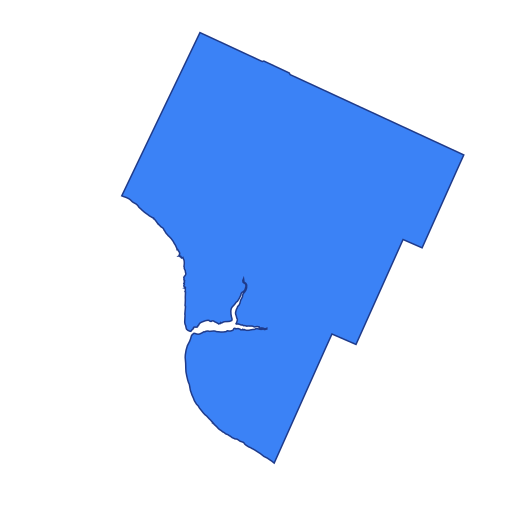 the district of Corpen Aike, Santa Cruz, Argentina, rotated 115°
{"feature_id": "61730980B24902089769894", "entity_name": "Corpen Aike", "entity_type": "district", "adm_level": 2, "iso_a3": "ARG", "parent_name": "Argentina", "parent_adm1": "Santa Cruz", "projection": "orthographic", "projection_center": [-68.391, -49.985], "detail": "fine", "context": "isolated", "style": "filled", "palette": "blue", "viewbox_px": 512, "rotation_deg": 115, "n_neighbors": 0, "source": "geoboundaries", "source_scale": "gbopen_adm2", "svg_char_len": 5995}
<svg xmlns="http://www.w3.org/2000/svg" viewBox="0 0 512 512"><g transform="rotate(115 256 256)"><path d="M76.6,110.4L77.2,301.8L76.1,303.1L76.0,331.3L77.1,332.5L77.2,401.2L106.8,401.5L159.0,402.1L258.2,403.1L258.1,401.2L257.8,398.5L257.8,396.2L257.9,394.9L258.2,393.5L259.0,391.4L259.3,390.0L259.5,387.0L259.7,386.0L260.2,384.5L261.2,382.9L261.5,382.1L262.1,380.0L262.6,378.7L263.1,376.8L263.4,375.9L263.8,373.9L264.0,372.9L264.1,372.0L264.7,369.5L264.8,368.0L265.0,365.9L264.9,365.8L265.0,365.2L264.9,365.0L265.2,364.8L265.1,364.6L265.6,364.2L265.5,363.6L265.6,363.4L266.0,362.6L267.0,360.7L268.1,358.8L268.2,358.3L268.4,358.3L268.7,357.3L268.9,357.1L269.3,357.1L268.8,356.9L268.8,356.7L269.7,354.5L269.9,352.6L270.2,351.8L270.5,351.2L271.3,350.4L272.0,349.1L273.1,347.6L273.6,346.6L274.2,345.1L274.7,344.2L275.0,343.0L276.1,340.2L277.7,337.3L278.8,335.8L279.2,335.4L279.6,334.6L280.5,333.3L282.8,330.7L283.1,330.4L283.3,330.4L283.3,330.2L283.1,330.2L283.3,330.1L283.1,330.0L283.1,329.9L283.2,329.7L284.1,328.6L284.5,327.8L285.4,326.6L285.9,326.2L286.5,326.0L286.8,326.2L288.0,325.5L288.3,325.9L288.7,326.1L288.5,325.7L288.5,325.2L288.6,324.9L288.2,324.8L288.1,324.4L288.1,324.0L288.4,323.9L288.6,323.5L288.9,323.4L288.7,323.1L288.7,322.7L289.0,322.9L289.0,323.0L289.1,322.6L288.9,322.6L288.8,322.0L288.7,321.9L288.8,321.9L288.5,321.5L288.6,321.3L290.1,319.6L290.7,319.1L292.1,318.3L293.4,317.7L294.8,317.2L295.9,316.9L296.4,316.3L297.2,316.0L297.8,315.6L298.6,314.7L299.0,314.0L300.4,313.2L301.5,312.2L302.5,311.9L303.8,311.9L304.5,312.3L305.9,312.4L306.5,311.9L308.0,311.3L308.2,311.0L308.3,310.5L308.5,310.3L309.0,310.5L309.5,310.2L309.7,309.8L310.0,309.7L310.3,309.7L310.9,309.9L311.4,309.9L311.6,309.6L311.5,309.2L311.9,308.9L312.3,309.0L313.2,308.9L313.7,308.7L314.1,308.1L314.2,307.0L314.3,306.7L314.7,306.7L314.8,306.9L315.0,306.9L315.3,307.2L315.2,306.5L315.3,306.3L318.0,305.1L318.3,305.2L318.3,304.8L318.4,304.7L323.2,302.7L325.6,301.5L329.4,299.9L330.7,299.5L331.1,298.9L331.5,298.8L331.7,298.5L332.0,298.4L338.8,295.9L339.6,295.3L345.8,292.8L346.7,292.3L348.1,291.2L348.6,290.5L351.0,288.7L351.7,288.0L352.2,286.1L352.2,285.6L352.1,285.0L352.1,283.9L351.9,283.5L351.5,283.1L349.5,282.7L348.2,282.0L347.5,282.4L347.1,282.4L346.5,281.9L346.0,280.7L345.3,279.3L344.5,279.0L343.5,279.2L342.7,278.7L341.9,278.8L340.4,278.4L339.2,277.6L336.5,275.0L335.7,274.1L334.5,272.3L334.2,271.3L334.3,271.1L334.5,270.8L334.5,270.0L334.5,269.6L334.3,269.3L334.1,268.8L333.4,268.5L332.9,267.5L332.9,266.1L333.1,265.5L333.0,264.5L333.2,261.5L333.4,261.2L333.2,260.9L332.6,260.5L332.5,260.2L332.0,259.8L331.8,259.8L331.9,259.7L331.6,259.6L331.5,259.3L331.1,259.0L331.1,258.7L329.4,257.5L328.4,256.0L327.6,254.4L326.4,252.3L324.7,250.7L323.6,250.9L323.1,251.2L321.2,252.8L320.2,253.4L319.5,254.0L317.8,254.9L317.3,255.1L317.0,255.4L315.1,256.0L313.4,256.2L312.2,256.0L308.8,254.9L306.1,254.4L305.0,253.7L303.5,253.5L301.9,253.3L298.4,253.2L296.0,253.6L295.1,253.4L293.5,252.4L292.0,251.8L290.7,251.8L288.1,252.2L287.0,252.7L286.2,253.2L285.7,254.0L285.5,255.7L285.2,256.7L283.8,257.6L281.8,257.7L283.0,256.9L284.3,256.2L284.7,255.7L285.1,253.6L286.2,252.2L287.8,251.5L288.8,251.1L289.8,250.9L291.4,250.8L293.5,251.1L295.6,251.7L296.9,251.6L298.8,251.0L302.5,251.2L305.8,250.6L307.6,250.6L309.6,251.3L311.0,251.1L312.7,251.2L315.1,250.8L316.3,250.5L317.4,249.8L318.5,248.7L320.5,247.1L321.0,246.3L321.8,245.9L322.5,245.7L324.5,245.4L325.8,245.5L326.0,245.1L325.6,244.7L325.5,244.0L325.0,243.4L325.1,242.7L324.8,241.8L324.9,241.0L324.7,240.0L324.2,239.2L324.3,238.6L324.4,237.7L323.8,236.8L323.7,235.9L323.5,235.6L323.6,234.9L322.8,233.6L321.3,230.3L321.0,229.3L321.0,227.5L319.7,225.7L319.3,224.8L319.1,224.0L318.9,223.5L318.9,223.1L319.6,222.8L319.8,222.3L319.7,221.9L319.2,221.3L318.6,219.9L318.4,219.2L318.3,218.3L318.4,217.9L318.1,217.0L317.9,216.8L317.9,216.4L316.9,215.7L317.6,215.3L319.0,217.0L319.2,217.7L319.1,218.4L319.2,219.0L319.8,219.3L320.4,220.4L320.7,221.2L321.4,224.4L322.0,225.5L323.0,226.1L323.7,227.3L324.2,228.2L325.1,229.4L325.5,230.1L326.1,230.6L327.4,233.2L327.6,234.5L327.6,235.4L328.0,235.5L328.3,236.3L328.0,236.5L328.0,237.1L328.8,237.4L328.9,237.8L329.1,238.0L329.4,238.6L329.0,239.8L329.2,240.3L329.2,241.0L329.3,241.5L329.9,242.6L330.6,243.5L330.4,244.3L330.6,244.9L331.0,245.3L331.3,245.4L332.3,245.4L333.2,245.7L334.6,247.2L335.1,247.9L335.5,249.0L335.8,250.2L336.1,250.6L336.4,250.6L337.3,251.3L337.9,252.3L338.7,253.5L339.9,256.0L340.3,257.4L341.2,259.7L341.4,261.5L341.8,262.6L344.0,266.3L344.3,267.8L344.7,268.6L345.6,269.8L346.4,270.3L346.7,271.2L349.1,272.9L349.6,273.4L350.4,274.0L351.2,275.1L351.6,276.1L351.8,277.0L352.0,278.8L352.4,279.7L354.3,280.6L355.6,280.8L358.6,280.3L361.2,280.1L366.3,280.3L370.8,279.6L375.4,278.3L377.9,277.3L383.0,274.4L387.6,272.1L390.6,270.5L393.8,268.2L397.0,265.7L399.1,263.8L400.5,262.2L405.6,258.6L409.1,255.2L411.5,252.4L413.2,250.7L415.5,247.2L415.9,246.0L416.3,245.0L417.7,243.0L420.4,237.6L421.4,235.2L421.8,233.3L422.1,232.5L423.4,229.4L423.7,228.4L424.0,227.6L424.3,227.0L424.6,226.4L424.6,226.2L424.8,226.0L424.8,225.6L425.0,225.2L425.2,224.9L425.3,224.9L425.3,224.7L425.5,224.7L425.4,224.5L425.8,224.1L425.8,223.7L426.0,223.6L426.0,223.0L426.2,222.8L426.4,222.5L426.5,222.0L426.7,221.6L426.7,221.1L427.0,220.7L427.1,220.0L428.0,217.9L428.5,216.6L428.8,215.1L428.8,214.9L428.9,214.2L428.9,213.8L429.1,213.4L429.1,213.2L429.5,211.7L429.4,211.5L429.5,210.1L429.9,208.7L430.0,207.8L429.8,206.3L429.9,205.4L430.2,203.9L430.1,203.3L430.3,202.5L430.7,200.8L430.6,198.7L430.7,198.0L430.5,197.3L430.2,196.6L430.0,195.6L430.1,194.8L430.3,193.6L430.6,192.0L430.4,190.8L430.3,189.2L430.2,189.0L430.2,188.8L430.3,188.3L431.3,186.5L431.7,184.9L432.1,182.0L432.0,180.0L432.2,178.2L432.2,176.8L432.4,174.7L432.9,171.2L433.2,168.7L434.3,164.1L434.4,160.2L434.9,157.4L435.2,155.2L436.0,152.0L311.1,154.0L294.6,154.2L293.9,128.0L178.9,129.7L178.4,108.9L93.8,110.2L76.6,110.4Z" fill="#3b82f6" stroke="#1e3a8a" stroke-width="1.5"/></g></svg>